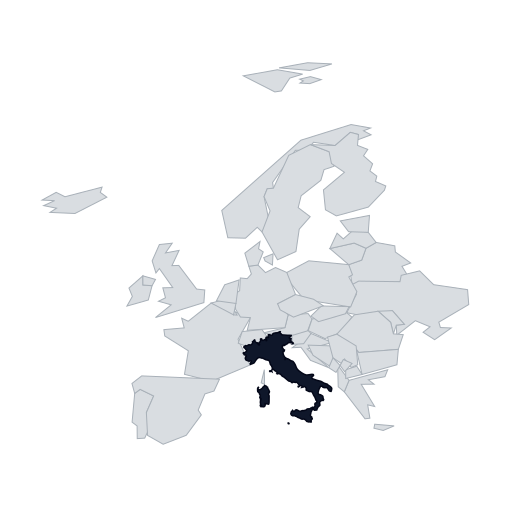 where Italy sits in Europe, rotated 354°
{"feature_id": "ITA", "entity_name": "Italy", "entity_type": "country or territory", "adm_level": 0, "iso_a3": "ITA", "parent_name": "Europe", "parent_adm1": "", "projection": "natural_earth1", "projection_center": [11.757, 41.885], "detail": "fine", "context": "in_parent", "style": "filled", "palette": "ink", "viewbox_px": 512, "rotation_deg": 354, "n_neighbors": 37, "source": "natural_earth", "source_scale": "50m", "svg_char_len": 13181}
<svg xmlns="http://www.w3.org/2000/svg" viewBox="0 0 512 512"><g transform="rotate(354 256 256)"><path d="M262.2,75.5L296.7,73.0L321.4,80.0L308.2,82.6L298.5,94.5L291.9,94.8L262.2,75.5ZM383.1,147.5L368.8,151.2L370.6,145.9L362.7,142.9L346.2,154.4L325.1,148.9L317.5,156.3L306.2,155.0L280.2,184.6L280.4,190.4L274.2,190.3L270.2,197.8L272.6,222.3L264.5,232.7L260.2,227.6L247.4,237.2L229.9,234.9L226.7,207.1L312.8,145.5L364.3,135.2L383.3,140.7L376.0,142.7L383.1,147.5ZM351.6,72.9L329.0,77.1L298.6,71.3L327.5,69.2L351.6,72.9ZM339.3,87.4L327.5,90.2L317.8,88.6L321.4,86.8L317.9,84.7L328.9,83.3L339.3,87.4Z" fill="#d9dde1" stroke="#a8b0b8" stroke-width="1"/><path d="M206.5,298.1L244.0,316.7L229.4,336.9L238.6,363.8L198.6,375.9L172.5,366.2L178.8,343.2L156.9,326.0L156.7,319.6L177.1,320.0L175.6,310.1L181.8,313.8L206.5,298.1ZM247.9,382.7L252.4,369.9L251.1,384.5L247.9,382.7Z" fill="#d9dde1" stroke="#a8b0b8" stroke-width="1"/><path d="M264.5,232.7L274.7,212.6L270.2,197.8L274.2,190.3L280.4,190.4L299.1,159.3L321.7,150.9L339.6,159.9L343.0,174.9L332.7,177.2L328.4,187.5L307.2,200.8L303.0,212.3L314.0,222.6L301.8,233.8L296.2,255.7L277.0,262.0L264.5,232.7Z" fill="#d9dde1" stroke="#a8b0b8" stroke-width="1"/><path d="M376.9,255.1L395.1,260.4L395.0,266.6L409.1,279.1L400.1,281.5L404.1,289.9L396.5,296.6L348.7,294.4L347.3,274.3L360.7,271.1L366.2,259.8L376.9,255.1Z" fill="#d9dde1" stroke="#a8b0b8" stroke-width="1"/><path d="M431.9,346.4L442.6,348.0L424.9,357.9L414.2,349.3L421.7,344.6L407.7,337.0L387.7,349.5L388.3,339.4L396.4,339.5L385.9,324.6L359.8,327.9L340.3,321.9L352.0,304.4L348.7,294.4L355.5,291.7L396.5,296.6L398.4,290.4L417.2,287.9L429.7,303.1L462.9,311.6L462.5,326.5L430.9,340.9L431.9,346.4Z" fill="#d9dde1" stroke="#a8b0b8" stroke-width="1"/><path d="M347.3,274.3L350.0,284.8L346.1,286.5L352.6,302.0L344.8,316.6L299.3,304.4L284.7,282.3L284.9,275.6L308.0,266.3L347.3,274.3Z" fill="#d9dde1" stroke="#a8b0b8" stroke-width="1"/><path d="M305.2,324.5L298.8,337.2L289.2,339.5L253.4,333.5L277.3,330.3L281.8,317.9L301.8,318.7L305.2,324.5Z" fill="#d9dde1" stroke="#a8b0b8" stroke-width="1"/><path d="M340.3,321.9L344.9,326.7L333.7,340.5L316.0,345.4L300.1,335.7L305.2,324.5L340.3,321.9Z" fill="#d9dde1" stroke="#a8b0b8" stroke-width="1"/><path d="M371.7,323.7L385.9,324.6L396.4,339.5L388.3,339.4L384.5,347.8L383.0,336.1L371.7,323.7Z" fill="#d9dde1" stroke="#a8b0b8" stroke-width="1"/><path d="M384.5,347.8L394.2,349.6L387.8,363.7L348.1,362.7L328.2,342.2L347.7,324.8L371.7,323.7L383.0,336.1L384.5,347.8Z" fill="#d9dde1" stroke="#a8b0b8" stroke-width="1"/><path d="M366.2,259.8L360.7,271.1L347.3,274.3L330.2,256.3L355.0,253.4L366.2,259.8Z" fill="#d9dde1" stroke="#a8b0b8" stroke-width="1"/><path d="M370.1,244.2L376.9,255.1L366.2,259.8L355.0,253.4L330.2,256.3L339.0,241.8L344.6,248.1L356.0,240.0L370.1,244.2Z" fill="#d9dde1" stroke="#a8b0b8" stroke-width="1"/><path d="M373.1,227.5L370.1,244.2L350.6,241.5L343.5,229.9L373.1,227.5Z" fill="#d9dde1" stroke="#a8b0b8" stroke-width="1"/><path d="M284.9,275.6L291.3,298.5L272.5,305.8L281.8,317.9L277.3,330.3L239.5,329.0L244.0,316.7L234.2,315.1L230.2,307.0L230.2,292.0L236.1,288.8L238.1,276.2L244.9,277.6L249.5,273.4L247.8,265.4L257.0,265.2L263.7,273.5L274.2,269.5L284.9,275.6Z" fill="#d9dde1" stroke="#a8b0b8" stroke-width="1"/><path d="M346.0,359.0L348.1,362.7L387.8,363.7L384.8,378.9L349.1,384.9L346.0,359.0Z" fill="#d9dde1" stroke="#a8b0b8" stroke-width="1"/><path d="M375.6,439.4L364.3,442.8L355.3,439.6L356.5,435.7L375.6,439.4ZM335.5,389.4L375.1,382.9L371.6,389.5L354.8,390.8L360.0,395.8L347.2,394.6L358.3,418.1L351.5,415.7L352.3,429.2L347.4,429.3L329.6,400.3L335.5,389.4Z" fill="#d9dde1" stroke="#a8b0b8" stroke-width="1"/><path d="M335.5,389.4L329.6,400.3L324.1,394.7L325.8,372.8L335.5,389.4Z" fill="#d9dde1" stroke="#a8b0b8" stroke-width="1"/><path d="M302.6,338.8L322.7,350.1L297.2,353.8L316.7,374.7L299.3,365.5L291.2,351.5L282.5,351.0L302.6,338.8Z" fill="#d9dde1" stroke="#a8b0b8" stroke-width="1"/><path d="M254.2,329.8L259.5,339.0L237.8,345.3L229.2,340.9L234.4,329.7L254.2,329.8Z" fill="#d9dde1" stroke="#a8b0b8" stroke-width="1"/><path d="M228.4,307.3L231.0,312.8L227.5,312.2L228.4,307.3Z" fill="#d9dde1" stroke="#a8b0b8" stroke-width="1"/><path d="M231.1,301.1L227.5,312.2L206.5,298.1L223.3,295.3L231.1,301.1Z" fill="#d9dde1" stroke="#a8b0b8" stroke-width="1"/><path d="M236.7,278.0L231.1,301.1L212.0,296.4L221.9,281.3L236.7,278.0Z" fill="#d9dde1" stroke="#a8b0b8" stroke-width="1"/><path d="M121.0,380.0L126.8,376.5L139.6,384.5L130.6,400.3L133.0,414.3L126.3,425.5L118.8,425.2L120.0,412.6L115.4,408.3L121.0,380.0Z" fill="#d9dde1" stroke="#a8b0b8" stroke-width="1"/><path d="M129.4,423.1L130.6,400.3L139.6,384.5L126.8,376.5L121.0,380.0L119.3,369.8L129.8,363.3L206.8,374.7L200.1,385.9L190.8,387.8L182.4,403.2L185.0,408.3L167.9,427.0L144.0,433.5L129.4,423.1Z" fill="#d9dde1" stroke="#a8b0b8" stroke-width="1"/><path d="M149.5,274.7L144.3,288.5L122.4,292.3L128.8,283.3L126.3,274.6L141.4,263.9L140.5,273.0L149.5,274.7Z" fill="#d9dde1" stroke="#a8b0b8" stroke-width="1"/><path d="M257.0,265.2L247.8,265.4L245.2,252.0L261.5,242.0L259.3,249.1L263.6,252.7L257.0,265.2ZM273.2,255.6L271.4,266.7L264.5,261.9L263.5,258.4L273.2,255.6Z" fill="#d9dde1" stroke="#a8b0b8" stroke-width="1"/><path d="M149.5,274.7L140.5,273.0L141.4,263.9L153.6,268.8L149.5,274.7ZM169.9,278.7L158.6,258.4L154.7,262.4L152.2,250.0L161.1,234.5L174.0,234.5L166.3,243.5L180.1,242.4L171.4,256.8L178.2,257.3L193.5,282.7L201.5,284.4L199.3,296.9L149.6,306.7L166.5,295.7L154.3,290.8L161.6,288.1L160.0,277.9L169.9,278.7Z" fill="#d9dde1" stroke="#a8b0b8" stroke-width="1"/><path d="M110.1,171.4L107.8,176.5L113.8,181.9L80.4,194.8L55.7,191.1L62.6,187.6L50.1,183.7L61.5,179.9L49.1,178.0L63.9,171.8L72.2,177.1L110.1,171.4Z" fill="#d9dde1" stroke="#a8b0b8" stroke-width="1"/><path d="M283.4,338.8L300.1,335.7L302.6,338.8L294.2,348.2L282.9,347.7L283.4,338.8Z" fill="#d9dde1" stroke="#a8b0b8" stroke-width="1"/><path d="M370.6,145.9L368.5,156.6L378.3,161.7L373.4,167.6L381.6,176.5L378.2,183.3L384.5,189.2L382.6,194.4L392.4,199.9L390.6,204.0L372.8,219.1L340.1,224.5L329.9,217.3L330.0,197.3L352.7,182.0L340.7,171.9L339.6,159.9L321.7,150.9L346.2,154.4L362.7,142.9L370.6,145.9Z" fill="#d9dde1" stroke="#a8b0b8" stroke-width="1"/><path d="M343.3,316.1L338.9,322.8L311.3,327.8L304.4,321.5L315.7,312.5L343.3,316.1Z" fill="#d9dde1" stroke="#a8b0b8" stroke-width="1"/><path d="M291.3,298.5L308.7,305.0L317.7,312.5L286.9,320.7L274.4,312.1L272.5,305.8L291.3,298.5Z" fill="#d9dde1" stroke="#a8b0b8" stroke-width="1"/><path d="M317.5,373.1L302.3,360.7L298.6,350.1L322.6,353.4L323.6,364.9L317.5,373.1Z" fill="#d9dde1" stroke="#a8b0b8" stroke-width="1"/><path d="M344.7,376.1L349.1,384.9L332.4,387.2L333.3,378.5L344.7,376.1Z" fill="#d9dde1" stroke="#a8b0b8" stroke-width="1"/><path d="M318.6,344.1L328.2,342.2L346.2,355.9L345.8,374.8L339.0,376.8L333.3,367.6L329.5,371.7L321.9,365.3L318.6,344.1Z" fill="#d9dde1" stroke="#a8b0b8" stroke-width="1"/><path d="M328.2,373.7L323.4,380.1L316.7,374.7L321.9,365.3L328.2,373.7Z" fill="#d9dde1" stroke="#a8b0b8" stroke-width="1"/><path d="M332.1,380.3L328.2,373.7L332.0,368.1L340.3,372.9L332.1,380.3Z" fill="#d9dde1" stroke="#a8b0b8" stroke-width="1"/><path d="M236.1,344.0L236.8,344.4L238.2,344.1L239.7,343.5L241.4,344.0L242.9,343.2L243.0,342.8L243.8,341.9L243.8,341.6L243.5,341.0L243.6,340.9L244.6,340.3L245.1,339.7L245.6,339.4L245.9,339.3L246.1,339.7L246.0,340.8L246.2,341.1L247.4,342.3L248.7,342.6L248.7,342.8L248.4,343.3L249.1,344.0L249.2,344.5L249.6,344.8L250.1,344.7L250.2,344.4L249.9,343.4L249.9,343.2L250.1,342.8L251.4,341.4L251.7,340.8L251.8,339.1L252.1,338.9L252.9,339.0L253.3,340.2L253.6,340.6L254.4,340.7L256.1,340.0L256.5,340.1L257.2,341.2L257.5,341.3L257.8,341.2L257.7,340.1L257.5,339.6L257.2,339.3L257.2,339.0L257.5,338.0L258.3,337.8L258.8,338.3L259.5,338.4L259.9,338.4L260.0,338.1L260.0,337.8L259.7,337.4L259.8,336.8L260.1,335.6L261.7,335.8L262.2,336.3L262.7,336.4L263.9,336.4L264.1,336.2L264.3,335.7L264.8,335.0L265.6,334.7L267.6,334.5L269.3,334.6L272.0,333.7L272.2,333.8L271.8,334.6L271.9,335.0L272.7,335.9L273.6,337.1L274.2,337.3L279.0,338.2L281.2,338.4L282.7,338.7L282.6,339.2L281.7,339.6L280.6,340.5L280.5,341.0L280.6,341.3L280.8,341.4L281.0,341.3L281.3,341.4L282.2,341.7L282.3,341.9L282.1,342.1L281.2,342.9L281.2,343.4L281.4,343.5L282.0,343.5L281.8,344.8L281.9,345.0L282.5,345.1L282.9,345.4L283.7,346.1L284.0,346.7L283.8,346.9L283.3,347.0L282.9,347.0L283.3,346.6L282.2,345.3L281.8,345.3L281.1,345.9L279.3,345.3L278.9,345.5L278.7,346.0L278.1,346.5L277.2,346.7L276.2,347.3L274.3,348.1L273.9,348.0L274.6,347.3L274.3,347.3L273.3,347.8L272.8,348.2L272.4,350.0L272.9,350.3L273.6,351.8L274.5,352.5L274.1,353.5L273.6,354.0L273.1,353.7L272.8,353.7L272.6,354.6L273.0,357.3L273.7,359.1L274.3,359.9L275.7,361.1L277.3,361.8L280.0,363.9L281.5,364.5L281.9,364.9L282.9,366.5L283.7,368.4L284.5,371.3L285.2,372.8L286.4,374.4L289.0,376.8L291.3,378.5L293.5,379.6L295.2,379.7L299.1,379.5L299.8,379.6L300.6,379.9L300.8,380.6L300.5,381.1L299.7,381.6L298.8,382.4L298.7,383.3L299.5,384.0L303.4,385.9L307.4,387.4L308.6,388.2L310.1,389.4L313.6,391.0L314.2,391.9L316.3,393.6L317.3,394.9L317.5,396.0L317.1,397.1L316.9,397.8L316.5,398.5L315.6,398.3L314.6,397.5L313.0,394.4L310.2,394.1L309.6,393.9L308.6,393.3L308.6,393.0L308.3,392.6L308.0,392.4L307.0,392.3L306.2,392.8L305.4,394.0L304.4,395.7L303.5,398.2L303.4,399.2L304.0,400.2L305.6,400.7L306.9,401.6L307.8,402.5L307.9,404.7L308.3,406.0L307.7,406.7L306.7,406.5L305.3,406.9L304.3,407.7L303.9,408.5L304.0,410.5L303.8,411.3L301.9,412.7L300.9,414.2L300.3,415.5L297.9,415.5L297.3,414.7L297.3,413.4L297.7,412.6L298.6,412.2L299.2,410.6L299.0,409.4L299.3,408.9L299.6,408.5L301.2,408.1L301.3,406.5L300.6,405.7L299.9,402.8L298.7,400.3L298.0,398.1L297.4,397.0L296.7,396.5L295.3,396.5L294.6,396.3L292.1,394.8L291.9,394.6L291.9,394.1L292.3,393.5L292.0,392.7L291.7,391.9L291.3,391.3L290.7,390.9L289.2,391.3L288.5,391.2L288.0,391.5L287.7,391.5L288.5,390.4L288.3,390.1L287.4,389.6L286.0,389.5L285.8,389.8L285.5,389.6L285.6,389.1L284.2,386.8L283.3,385.8L282.8,385.7L282.0,385.9L280.6,385.4L279.8,385.3L278.7,385.8L278.3,385.6L278.2,385.2L277.0,384.3L275.4,383.7L272.4,380.6L271.4,379.5L269.5,378.2L268.3,376.4L267.3,375.7L265.9,375.2L264.8,375.5L264.5,375.2L265.1,374.9L265.0,374.2L263.3,372.3L262.4,371.8L261.7,370.6L261.3,370.4L260.9,370.4L260.4,370.3L260.5,368.8L260.4,368.2L259.9,366.7L259.0,365.4L258.5,362.4L258.1,361.5L257.1,360.9L254.9,360.2L251.8,358.2L251.1,358.2L249.3,357.4L248.1,357.3L246.6,358.0L244.7,359.9L243.2,361.8L242.7,362.2L240.8,362.8L239.1,363.2L239.0,362.3L240.2,360.8L240.4,360.3L240.1,359.6L239.9,359.6L238.2,359.9L237.9,359.8L235.4,358.6L235.0,358.1L234.8,357.6L234.9,357.3L234.6,356.5L235.4,355.0L235.8,354.9L235.9,354.7L235.7,353.7L235.3,353.4L234.4,353.2L233.9,352.9L233.8,352.4L233.6,352.0L233.2,351.6L233.2,351.1L233.6,350.9L234.7,351.0L235.7,350.3L236.4,350.0L236.7,349.1L236.9,348.8L236.9,348.6L236.0,347.7L235.6,347.0L235.1,346.2L234.5,345.9L234.4,345.6L234.4,345.2L234.6,344.9L235.5,344.5L236.1,344.0ZM274.3,362.0L274.5,361.5L274.4,361.2L274.0,361.2L273.7,361.7L273.9,362.0L274.3,362.0ZM296.8,413.0L296.1,414.4L294.4,416.9L293.9,418.7L293.4,419.9L293.6,421.0L294.4,421.8L294.0,422.1L294.9,423.1L294.9,423.5L294.9,423.9L294.1,424.6L293.8,425.0L293.6,425.5L293.5,425.9L293.6,426.4L293.6,426.8L292.8,426.8L292.0,426.5L291.2,426.6L289.2,425.8L288.2,424.3L287.4,423.6L286.5,423.1L284.8,423.1L284.0,422.8L282.5,421.7L280.8,420.9L279.4,419.7L278.5,419.4L277.6,418.8L276.0,418.8L275.6,418.6L274.7,418.0L274.1,416.6L274.9,414.5L275.7,414.0L276.2,413.3L277.1,414.4L277.5,414.7L277.8,414.6L278.5,414.2L278.6,413.8L279.3,413.3L280.3,413.2L280.7,413.3L280.9,413.8L281.7,414.0L283.1,415.0L283.9,415.1L285.0,414.8L285.8,414.6L287.5,414.8L288.4,414.6L289.1,414.6L290.0,414.2L290.7,413.6L291.1,413.5L292.5,413.5L293.5,413.6L293.9,413.5L294.3,413.1L294.7,412.9L295.1,413.0L296.2,412.3L296.8,412.3L297.2,412.6L296.8,413.0ZM253.9,389.0L254.3,389.6L255.1,391.9L255.2,392.4L254.8,393.3L254.0,394.5L254.1,395.5L254.4,396.1L254.4,396.8L254.3,397.6L253.7,402.8L253.3,404.4L252.8,404.7L251.2,404.0L250.4,404.2L249.7,403.8L249.4,405.6L249.0,406.3L248.4,406.7L247.8,406.8L247.2,406.6L246.7,406.6L246.3,406.3L245.1,404.1L245.0,401.6L245.3,400.9L245.4,400.1L245.4,399.4L245.5,399.2L245.8,399.4L246.0,399.4L246.1,398.4L245.7,397.9L245.1,397.7L245.0,397.1L245.1,396.6L245.4,396.2L245.6,395.8L245.6,394.3L245.1,393.8L245.0,393.0L244.8,392.4L243.6,391.1L243.5,390.0L243.9,388.7L244.5,389.2L244.9,389.3L245.6,389.4L246.4,389.3L248.2,388.4L249.4,387.0L250.2,386.7L250.6,386.3L250.8,385.8L251.1,385.6L251.5,386.1L252.0,386.2L252.7,386.6L253.3,387.5L253.8,387.8L253.7,388.0L253.4,388.6L253.9,389.0ZM259.5,371.3L259.7,371.6L259.8,371.8L259.6,372.1L259.7,372.6L259.1,372.1L258.2,372.4L257.6,372.3L257.5,371.9L257.6,371.7L258.5,371.7L259.2,371.6L259.5,371.3ZM245.5,405.3L245.1,406.2L244.7,405.6L244.6,405.1L244.7,404.9L245.5,405.3ZM244.6,387.4L244.1,388.0L243.8,388.0L244.2,387.1L244.6,386.8L244.8,387.0L244.6,387.4ZM271.3,426.2L271.0,426.3L270.5,426.0L270.5,425.6L270.6,425.4L271.1,425.6L271.3,426.2ZM284.9,390.5L284.5,390.7L284.3,390.6L284.2,390.4L284.3,390.1L285.0,390.3L284.9,390.5Z" fill="#0f172a" stroke="#020617" stroke-width="1.5"/></g></svg>